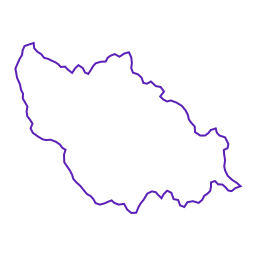 the district of Piraúba, Minas Gerais, Brazil
{"feature_id": "56859067B46314639324095", "entity_name": "Piraúba", "entity_type": "district", "adm_level": 2, "iso_a3": "BRA", "parent_name": "Brazil", "parent_adm1": "Minas Gerais", "projection": "natural_earth1", "projection_center": [-43.025, -21.261], "detail": "fine", "context": "isolated", "style": "outline", "palette": "violet", "viewbox_px": 256, "rotation_deg": 0, "n_neighbors": 0, "source": "geoboundaries", "source_scale": "gbopen_adm2", "svg_char_len": 1879}
<svg xmlns="http://www.w3.org/2000/svg" viewBox="0 0 256 256"><path d="M210.6,130.1L208.4,133.1L205.1,135.5L200.2,135.5L195.1,132.2L194.7,126.5L191.2,122.7L188.8,119.3L187.9,115.0L185.5,110.3L181.8,105.8L176.3,102.5L170.9,100.5L167.0,101.4L163.4,99.6L160.2,96.5L164.0,91.6L160.6,87.0L155.8,86.1L150.9,81.5L147.0,83.7L143.4,82.9L141.5,77.6L137.9,74.3L132.9,72.6L131.2,68.1L131.9,62.9L131.2,57.2L128.9,52.3L124.5,53.4L119.5,56.7L114.7,54.1L110.8,55.6L107.6,57.8L105.8,61.5L100.6,61.8L95.6,63.3L93.0,66.3L90.8,70.1L88.2,73.9L85.0,72.5L82.8,68.1L78.5,65.2L75.3,68.1L72.1,72.9L68.0,69.7L65.0,66.6L60.8,67.0L58.2,64.2L55.1,62.1L51.7,60.7L48.2,58.9L44.1,57.8L41.3,54.2L37.4,51.8L34.1,48.1L33.7,43.0L28.7,44.6L24.5,46.1L22.6,50.5L22.1,54.9L19.8,58.6L17.5,63.8L15.4,68.6L16.3,73.4L17.0,77.7L20.0,84.4L21.0,89.9L23.0,93.6L22.8,98.5L25.0,102.3L27.4,106.5L26.6,111.5L27.3,116.2L29.7,119.3L32.5,123.6L30.6,128.4L32.8,132.8L37.8,136.4L42.8,139.4L46.3,140.1L50.5,139.7L55.6,141.6L59.7,144.3L62.1,147.6L65.5,149.8L64.0,154.7L64.3,162.3L66.9,166.1L69.9,170.5L72.1,174.8L73.3,178.9L76.2,182.2L80.3,185.9L83.9,190.4L87.1,194.2L90.6,196.0L93.2,198.9L95.6,203.1L99.9,204.6L104.7,203.3L108.0,201.8L111.6,200.4L114.3,202.9L118.7,204.6L124.1,203.9L127.3,209.7L131.4,213.0L136.2,212.7L138.4,207.4L140.5,203.6L143.6,199.8L147.3,193.6L151.9,191.4L155.8,192.2L158.4,195.2L161.5,198.2L163.6,194.3L167.1,190.7L171.4,192.8L173.6,199.1L178.1,200.0L180.1,205.3L184.3,207.0L187.4,202.2L192.9,201.2L198.6,202.9L202.1,200.0L204.3,195.8L207.3,193.8L210.1,191.1L211.0,186.8L211.0,182.4L214.9,181.0L218.2,184.4L222.3,184.5L225.6,187.3L228.2,190.5L231.6,191.1L235.4,188.1L240.6,186.2L236.7,182.8L232.3,180.0L227.7,175.8L225.1,170.5L224.2,166.3L225.1,160.3L224.2,154.8L223.8,150.0L227.5,148.2L228.4,144.0L225.1,137.4L219.4,135.5L216.8,132.6L215.7,128.4L210.6,130.1Z" fill="none" stroke="#5b21b6" stroke-width="2"/></svg>